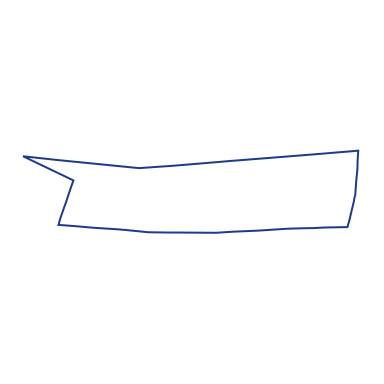 Monsenhor Hipólito, Piauí, Brazil, rotated 88°
{"feature_id": "56859067B86730196244665", "entity_name": "Monsenhor Hipólito", "entity_type": "district", "adm_level": 2, "iso_a3": "BRA", "parent_name": "Brazil", "parent_adm1": "Piauí", "projection": "equal_earth", "projection_center": [-41.027, -6.94], "detail": "fine", "context": "isolated", "style": "outline", "palette": "blue", "viewbox_px": 384, "rotation_deg": 88, "n_neighbors": 0, "source": "geoboundaries", "source_scale": "gbopen_adm2", "svg_char_len": 699}
<svg xmlns="http://www.w3.org/2000/svg" viewBox="0 0 384 384"><g transform="rotate(88 192 192)"><path d="M232.5,37.9L225.2,35.5L220.9,34.4L208.7,31.0L206.8,30.5L202.8,29.7L200.9,29.0L186.1,27.4L177.3,26.2L173.7,25.8L166.4,25.4L156.5,24.4L158.7,70.2L161.4,130.9L162.4,154.3L163.0,165.8L165.2,211.8L165.4,218.3L166.3,244.0L155.2,326.4L150.4,359.6L176.3,310.1L183.6,313.0L193.8,316.8L197.2,318.0L200.6,319.4L213.1,324.3L220.3,326.6L220.6,322.9L222.4,307.0L224.3,291.7L225.3,281.7L226.6,268.3L227.8,258.5L230.7,237.0L231.8,214.7L231.9,210.8L232.2,203.0L233.6,169.4L233.1,152.3L232.9,127.3L232.0,96.9L232.2,76.1L232.3,72.5L232.1,61.0L232.5,37.9Z" fill="none" stroke="#1e3a8a" stroke-width="2"/></g></svg>